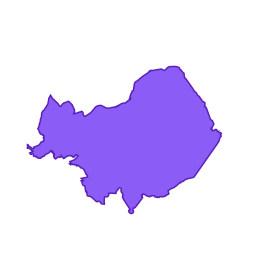 the district of North Tongu, Volta, Ghana, rotated 125°
{"feature_id": "2480657B35012095074914", "entity_name": "North Tongu", "entity_type": "district", "adm_level": 2, "iso_a3": "GHA", "parent_name": "Ghana", "parent_adm1": "Volta", "projection": "robinson", "projection_center": [0.298, 6.144], "detail": "fine", "context": "isolated", "style": "filled", "palette": "violet", "viewbox_px": 256, "rotation_deg": 125, "n_neighbors": 0, "source": "geoboundaries", "source_scale": "gbopen_adm2", "svg_char_len": 5874}
<svg xmlns="http://www.w3.org/2000/svg" viewBox="0 0 256 256"><g transform="rotate(125 128 128)"><path d="M145.6,210.2L149.0,209.9L154.2,207.4L161.9,207.0L162.4,207.4L163.1,207.5L164.9,207.3L166.3,206.7L168.1,205.5L171.3,204.6L173.1,203.5L175.1,203.1L175.6,202.6L176.3,202.6L178.3,201.6L180.1,201.6L181.8,198.4L182.7,197.8L182.6,197.1L183.0,196.5L182.9,196.1L183.0,195.8L182.7,194.7L182.8,194.4L182.4,194.4L182.3,194.0L182.7,192.5L182.9,192.4L182.9,192.1L183.4,191.8L183.6,191.9L184.0,191.5L184.4,191.9L184.6,191.8L185.1,190.9L185.6,190.4L185.7,189.9L186.1,189.6L186.7,189.8L187.4,189.6L188.1,190.5L188.9,190.5L189.3,191.1L192.7,191.0L196.2,193.1L196.5,193.4L196.9,193.5L197.8,194.3L198.5,193.4L198.9,193.5L199.6,194.1L199.8,194.7L199.5,196.5L199.7,198.4L199.1,200.5L199.3,200.9L200.6,199.7L202.1,199.1L202.2,198.4L201.5,197.8L201.3,197.1L201.6,194.5L201.4,192.5L201.5,192.3L201.8,192.2L202.8,193.2L203.4,193.2L204.8,194.2L205.4,192.8L205.3,192.3L203.7,191.4L203.6,190.6L203.9,190.2L205.1,189.5L205.2,188.9L204.4,188.2L203.7,186.7L203.7,186.4L204.3,186.3L203.8,185.9L204.0,185.1L204.3,184.7L203.4,182.9L202.7,182.6L202.8,182.4L202.4,182.3L202.1,182.0L201.1,181.7L200.7,181.8L199.2,180.5L197.8,180.6L196.6,180.0L196.0,180.0L195.8,179.7L194.0,178.7L192.5,178.4L192.1,178.0L191.6,178.0L191.3,178.3L190.5,177.8L190.3,177.4L190.4,176.9L190.9,176.7L191.0,177.0L191.6,176.1L191.3,175.6L190.9,175.5L191.6,174.9L191.2,173.9L191.4,173.7L191.8,173.9L191.9,173.2L192.1,173.2L192.7,173.5L193.0,173.3L193.2,172.7L193.6,172.8L193.9,172.6L195.0,170.8L194.8,169.5L192.8,169.0L191.6,168.3L191.2,166.9L190.3,166.5L189.4,166.5L188.9,166.8L190.0,163.5L189.4,163.2L189.2,162.7L188.4,162.7L186.2,161.8L184.5,160.5L183.7,159.1L182.9,158.2L183.5,156.9L182.9,156.4L183.0,155.7L182.6,155.8L182.0,155.4L181.9,155.6L180.2,155.2L179.6,155.2L179.5,153.0L182.5,153.2L184.5,153.6L186.8,154.9L188.8,156.4L189.1,155.6L189.8,155.2L190.9,155.5L190.8,154.6L191.0,153.8L190.6,153.7L190.1,154.1L189.6,154.1L189.4,153.8L189.6,152.5L189.0,151.0L188.0,150.1L187.9,149.8L188.5,148.8L188.6,148.4L188.4,148.1L188.2,148.1L187.7,148.8L187.6,148.6L187.7,147.8L187.1,145.9L187.2,145.4L187.6,144.7L187.7,143.7L187.1,142.3L187.2,140.2L188.0,139.3L188.5,137.9L189.1,137.3L189.6,136.4L189.6,136.0L189.9,135.8L189.8,135.3L190.0,134.8L190.2,134.7L190.2,133.9L190.6,133.8L191.3,133.1L191.9,133.4L196.1,137.4L196.2,136.5L196.7,134.3L198.1,136.1L199.6,133.5L200.4,132.8L200.7,131.9L200.4,130.6L200.1,130.2L203.1,127.5L203.6,126.1L203.8,126.1L203.6,125.9L203.8,125.5L204.2,125.4L204.2,125.1L204.4,125.2L205.0,124.6L205.6,123.6L206.2,123.2L206.9,122.4L205.9,120.0L205.6,118.7L205.6,117.5L206.4,111.8L206.1,111.0L205.5,110.6L204.7,109.7L204.5,108.6L204.9,107.5L205.2,105.8L204.5,104.9L204.1,103.8L203.1,104.1L202.1,105.2L198.2,107.6L197.4,107.4L197.0,106.5L196.2,105.5L195.0,105.1L193.6,105.5L192.7,106.4L191.1,104.6L188.6,100.4L186.5,101.2L183.7,100.8L182.8,101.1L181.9,100.7L181.4,99.8L181.4,99.1L181.8,98.5L182.6,98.1L183.2,98.1L183.8,97.1L184.3,96.8L184.6,96.0L184.4,95.3L186.6,93.2L187.0,93.3L188.1,92.5L188.7,91.2L188.7,90.9L189.1,90.5L193.4,79.9L193.7,79.4L194.3,80.0L194.9,80.1L195.8,79.8L196.4,78.7L196.6,77.8L196.4,76.7L195.8,75.8L194.8,75.3L193.5,75.4L192.8,75.9L192.2,77.1L190.5,77.8L189.9,76.9L189.0,76.5L178.6,76.1L176.6,76.2L176.5,76.9L175.6,77.3L175.8,77.8L175.3,77.8L175.1,78.1L174.9,77.8L173.5,78.0L173.5,77.4L173.1,76.9L172.8,74.3L172.7,72.9L172.3,72.3L172.1,71.3L171.1,70.2L170.2,70.1L168.8,68.2L168.5,67.2L168.7,66.4L169.0,66.1L168.4,65.2L168.0,64.0L167.2,63.9L167.1,63.0L166.9,63.0L166.8,62.7L166.5,62.8L165.7,62.3L165.0,60.8L164.4,60.5L164.4,60.2L163.2,58.8L161.6,58.1L161.1,58.3L160.8,57.8L159.3,57.0L158.4,56.8L156.4,59.2L153.6,58.2L150.3,56.2L149.0,55.7L147.2,55.1L143.0,54.2L142.7,53.4L141.6,53.5L140.1,52.3L137.2,51.4L135.3,50.0L131.4,46.5L130.5,45.8L89.7,45.8L86.5,46.0L83.8,46.9L83.4,47.3L81.3,46.9L80.9,47.3L80.7,47.9L80.8,48.3L79.5,48.6L79.1,48.3L78.9,48.5L78.7,49.5L79.1,50.1L79.6,50.5L79.2,51.3L79.3,51.8L79.0,51.9L79.2,52.0L79.5,52.9L79.2,53.2L79.0,53.9L78.6,54.2L78.5,54.5L78.9,54.7L79.2,55.8L79.9,55.7L80.5,56.2L81.2,56.5L81.6,57.2L81.7,57.5L81.4,58.0L81.1,58.2L81.4,58.6L81.4,59.2L81.1,59.4L80.9,59.3L80.7,59.7L80.4,59.3L79.7,59.2L78.5,59.6L76.2,59.7L75.6,59.9L75.2,60.3L74.5,61.7L73.6,63.0L73.7,65.3L66.7,75.2L66.6,75.5L66.8,75.5L66.7,75.7L66.8,75.9L66.5,76.1L66.3,76.4L66.2,76.8L66.3,77.8L65.4,77.9L64.5,78.6L64.5,78.8L63.4,79.3L63.1,79.8L63.4,82.6L62.6,84.1L61.9,86.5L61.3,87.4L61.3,89.6L59.9,92.6L59.7,95.5L59.2,95.8L54.6,108.4L54.5,109.7L54.2,110.7L51.0,113.6L51.0,114.6L50.5,117.0L50.1,117.7L50.1,119.5L49.6,119.9L49.1,120.8L49.9,123.4L51.5,126.1L52.5,127.2L53.3,128.5L54.3,129.5L55.9,130.3L57.0,130.5L57.6,130.4L58.3,130.7L59.7,130.8L59.9,131.1L60.2,132.3L60.4,133.8L61.0,135.1L61.6,135.3L62.8,137.0L63.5,137.5L67.1,141.2L67.8,142.1L67.7,142.3L68.3,142.5L68.7,142.9L68.8,142.7L69.1,142.8L68.9,142.5L69.1,142.5L69.7,142.9L71.4,143.3L77.5,145.7L79.0,145.9L79.2,146.1L79.9,146.4L83.5,147.2L85.3,148.1L86.6,148.4L87.4,148.3L88.3,148.0L94.0,145.2L95.2,145.5L95.6,145.8L95.8,145.6L95.8,145.2L96.0,145.1L97.1,145.3L98.7,145.1L103.3,143.5L102.8,143.4L103.0,143.2L103.0,142.8L102.4,143.0L101.7,142.6L102.4,142.8L103.2,142.5L105.4,143.5L108.9,144.5L111.3,147.0L114.1,148.4L115.3,148.6L115.4,148.9L116.0,148.9L116.2,149.3L116.8,149.5L116.4,149.6L116.6,149.7L116.9,149.7L118.8,151.2L120.6,153.2L121.4,153.7L123.0,155.3L123.7,156.6L124.2,157.9L124.8,162.5L125.3,163.6L127.1,165.5L129.2,166.6L136.4,167.2L137.8,167.6L143.3,169.9L142.9,172.2L141.0,173.9L140.9,175.6L141.8,175.9L143.6,177.6L144.9,178.2L145.5,179.0L146.3,179.4L147.4,180.7L145.8,180.9L144.0,182.0L141.0,187.1L140.2,191.7L140.6,192.5L141.4,192.8L144.4,195.0L146.1,195.4L148.2,195.4L149.1,195.7L149.2,196.1L148.8,197.8L148.1,199.6L147.7,202.9L147.3,204.7L147.2,206.6L145.6,210.2Z" fill="#8b5cf6" stroke="#5b21b6" stroke-width="1.5"/></g></svg>